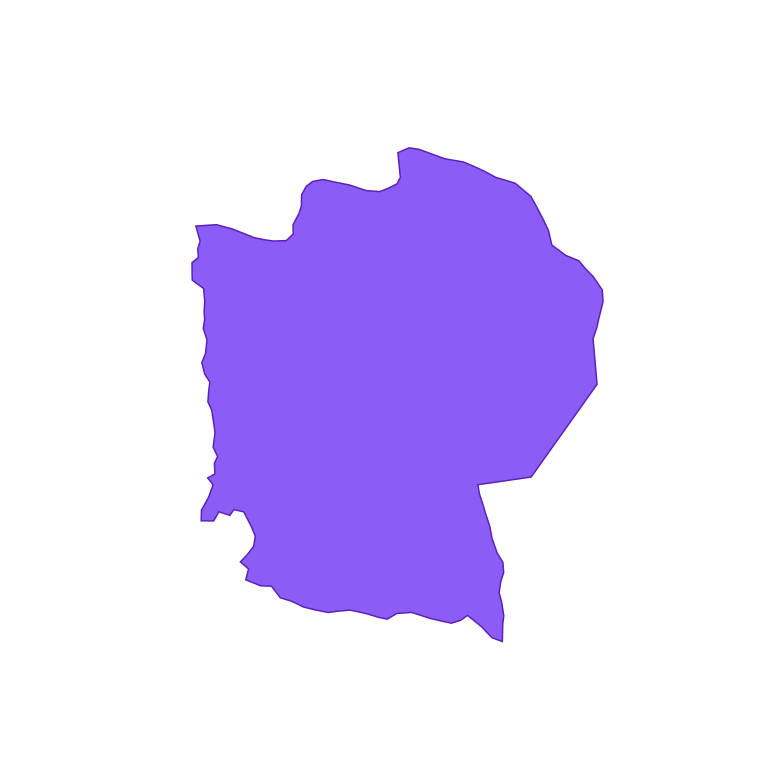 Terra Roxa, São Paulo, Brazil, rotated 305°
{"feature_id": "56859067B22989261548465", "entity_name": "Terra Roxa", "entity_type": "district", "adm_level": 2, "iso_a3": "BRA", "parent_name": "Brazil", "parent_adm1": "São Paulo", "projection": "equal_earth", "projection_center": [-48.359, -20.777], "detail": "fine", "context": "isolated", "style": "filled", "palette": "violet", "viewbox_px": 768, "rotation_deg": 305, "n_neighbors": 0, "source": "geoboundaries", "source_scale": "gbopen_adm2", "svg_char_len": 1719}
<svg xmlns="http://www.w3.org/2000/svg" viewBox="0 0 768 768"><g transform="rotate(305 384 384)"><path d="M240.9,628.7L255.4,619.0L262.8,615.1L272.9,605.4L279.1,598.0L289.1,593.0L298.2,590.2L306.1,583.7L310.5,573.6L319.4,561.2L328.0,552.4L336.0,541.7L343.4,532.4L348.8,525.1L355.4,518.7L392.2,557.9L505.9,558.7L541.0,529.3L552.4,525.9L561.7,522.1L568.3,519.6L577.1,516.2L586.2,508.9L592.0,493.7L594.1,482.4L596.7,473.1L593.6,459.0L594.1,441.8L604.1,430.6L610.2,419.9L618.3,404.2L622.0,396.4L623.7,376.2L617.3,356.8L615.8,344.0L613.9,333.3L611.5,321.9L603.4,304.7L596.2,277.8L591.8,269.0L581.5,262.7L562.6,278.9L555.5,279.9L547.3,275.5L539.2,270.2L532.2,258.4L527.3,241.8L520.6,226.5L516.6,216.8L508.9,209.3L501.3,206.9L491.7,208.0L482.3,214.3L474.7,216.6L462.3,218.1L454.9,223.6L445.4,221.7L437.7,211.4L433.7,203.6L429.3,193.3L426.9,183.0L423.9,170.6L418.5,155.5L405.5,139.3L395.5,151.5L387.6,154.0L381.3,159.4L373.3,157.1L365.0,163.0L359.1,167.4L358.7,181.5L348.9,189.7L340.1,195.2L333.8,200.2L325.9,204.0L318.6,213.7L306.8,220.2L297.0,222.5L289.4,231.3L285.7,240.2L277.4,244.6L268.3,250.0L263.9,257.8L257.0,264.3L247.4,273.4L240.5,277.0L234.2,280.3L229.2,289.2L221.6,290.6L213.5,297.1L205.9,293.4L203.4,301.8L190.6,305.3L176.0,306.8L167.1,312.7L174.1,323.0L184.6,322.1L188.0,333.1L195.0,333.1L198.8,342.5L191.3,356.8L185.5,365.9L176.4,370.3L165.7,369.9L155.9,368.4L154.8,379.1L144.3,383.1L148.0,398.9L153.8,407.7L149.4,421.8L153.0,432.7L155.2,446.2L159.6,457.5L164.8,469.3L172.3,477.5L179.3,485.9L185.5,500.5L189.9,513.7L193.2,521.5L203.4,526.1L212.8,537.7L218.3,555.8L222.3,565.8L226.7,576.4L234.4,582.3L242.4,585.2L241.2,602.4L238.1,618.0L240.9,628.7Z" fill="#8b5cf6" stroke="#5b21b6" stroke-width="1.5"/></g></svg>